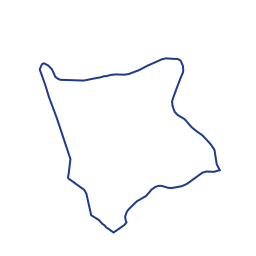 San Antonio Ilotenango, Quiché, Guatemala, rotated 338°
{"feature_id": "79465075B34214096561703", "entity_name": "San Antonio Ilotenango", "entity_type": "district", "adm_level": 2, "iso_a3": "GTM", "parent_name": "Guatemala", "parent_adm1": "Quiché", "projection": "orthographic", "projection_center": [-91.208, 15.056], "detail": "fine", "context": "isolated", "style": "outline", "palette": "blue", "viewbox_px": 256, "rotation_deg": 338, "n_neighbors": 0, "source": "geoboundaries", "source_scale": "gbopen_adm2", "svg_char_len": 1146}
<svg xmlns="http://www.w3.org/2000/svg" viewBox="0 0 256 256"><g transform="rotate(338 128 128)"><path d="M197.3,201.5L196.7,194.7L200.0,180.6L198.4,173.5L194.2,162.6L190.5,156.9L188.8,153.9L187.1,150.6L183.8,141.0L178.8,134.4L177.3,130.3L177.6,124.0L178.8,119.9L181.5,116.6L185.1,112.6L187.0,110.5L195.8,101.0L199.4,97.5L200.8,95.4L202.2,90.8L202.0,85.5L201.5,84.3L199.7,82.5L195.6,80.7L189.2,77.6L185.1,77.0L168.4,77.6L160.1,78.5L148.6,78.2L144.6,77.2L136.4,73.6L132.2,72.4L127.4,71.8L124.9,70.9L122.3,70.9L118.2,70.0L104.6,67.4L83.4,58.0L81.7,56.4L79.8,53.4L79.5,45.1L77.4,40.1L74.4,36.6L72.5,36.5L71.2,37.5L68.1,40.6L67.4,57.3L66.3,69.7L65.7,92.3L63.0,135.2L56.4,147.2L54.0,151.1L53.8,152.4L64.3,169.1L64.5,171.2L64.8,173.3L61.2,195.1L66.5,202.4L68.2,207.0L70.0,209.9L70.2,211.2L73.9,217.1L75.5,219.5L88.5,216.5L91.2,215.0L91.2,212.9L92.2,209.0L95.3,205.4L98.2,203.6L108.7,199.3L119.2,197.8L124.8,195.0L126.6,193.9L128.9,193.5L131.1,192.9L132.5,192.9L134.7,193.1L136.5,193.8L138.4,194.9L142.8,198.5L146.3,200.1L156.1,202.1L161.6,201.9L180.3,197.3L184.3,197.7L191.2,200.8L197.3,201.5Z" fill="none" stroke="#1e3a8a" stroke-width="2"/></g></svg>